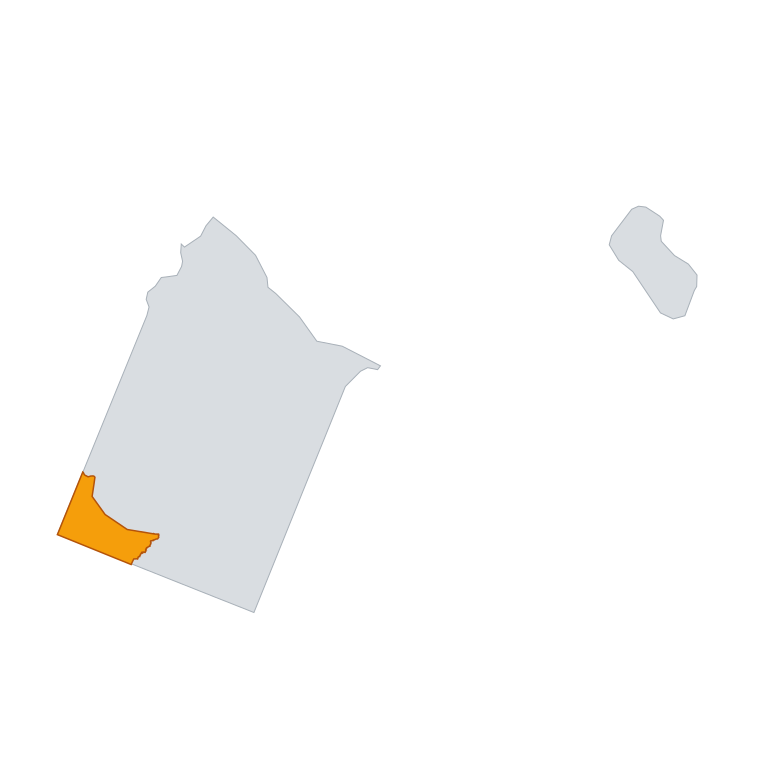 Nsork, Wele-Nzás, Equatorial Guinea shown in context, rotated 112°
{"feature_id": "11065452B58050641555743", "entity_name": "Nsork", "entity_type": "district", "adm_level": 2, "iso_a3": "GNQ", "parent_name": "Equatorial Guinea", "parent_adm1": "Wele-Nzás", "projection": "albers", "projection_center": [11.202, 1.263], "detail": "fine", "context": "in_parent", "style": "filled", "palette": "amber", "viewbox_px": 768, "rotation_deg": 112, "n_neighbors": 0, "source": "geoboundaries", "source_scale": "gbopen_adm2", "svg_char_len": 3498}
<svg xmlns="http://www.w3.org/2000/svg" viewBox="0 0 768 768"><g transform="rotate(112 384 384)"><path d="M644.6,419.0L644.9,461.0L645.1,496.4L645.3,534.7L645.5,574.7L645.7,608.5L645.8,630.4L608.8,630.3L559.6,630.1L510.5,629.9L461.3,629.7L436.6,629.6L409.4,629.5L400.6,630.7L394.6,636.2L387.3,637.4L379.0,632.7L368.7,630.4L366.0,625.5L360.9,616.7L350.8,615.7L345.7,616.7L338.4,621.7L330.2,624.4L331.8,620.3L315.6,609.4L303.9,608.3L293.2,604.9L301.9,576.5L312.8,551.3L329.1,532.4L337.8,527.8L340.6,518.4L353.5,487.4L369.5,462.3L364.6,436.9L368.5,394.1L373.1,395.3L373.8,399.3L375.0,405.3L381.0,410.6L400.8,418.9L459.9,418.9L495.2,419.0L547.4,419.0L602.7,419.0L644.6,419.0ZM176.5,130.6L181.0,131.3L208.0,130.6L215.3,140.2L214.5,154.3L186.6,195.4L181.4,212.7L170.6,227.3L161.3,228.5L129.2,219.8L123.8,214.6L121.9,207.5L125.1,191.2L127.5,186.2L142.9,183.1L147.8,180.4L156.1,162.8L158.8,146.7L165.7,134.6L176.5,130.6Z" fill="#d9dde1" stroke="#a8b0b8" stroke-width="1"/><path d="M578.7,617.1L578.1,618.5L578.3,619.5L578.7,620.3L579.1,621.3L580.0,622.4L580.8,623.4L580.9,624.3L580.7,625.2L580.7,626.3L580.6,627.0L580.3,627.9L578.8,629.5L578.5,630.3L646.0,630.4L646.1,550.8L645.5,550.7L644.8,550.8L640.0,550.5L639.6,549.8L639.4,549.2L639.2,548.8L638.9,548.3L638.8,548.0L638.7,547.7L638.6,547.0L638.3,547.1L638.1,547.2L637.9,547.1L637.7,547.0L637.4,546.8L637.2,546.9L637.0,547.0L636.9,547.1L636.6,547.1L636.4,547.0L636.2,546.9L636.0,546.7L635.9,546.5L635.9,546.4L635.7,546.2L635.5,545.9L635.4,546.0L635.2,546.1L634.9,546.2L634.7,546.2L634.4,546.1L634.2,546.0L634.1,545.9L633.9,545.8L633.7,545.8L633.4,545.9L633.4,546.0L633.2,546.0L632.9,546.0L632.8,545.9L632.7,545.9L632.4,545.8L632.3,545.7L632.2,545.7L632.0,545.4L632.0,545.5L631.9,545.5L631.7,545.5L631.6,545.4L631.5,545.5L631.4,545.5L631.2,545.6L630.9,545.6L630.7,545.5L630.6,545.4L630.5,545.2L630.4,545.0L630.4,544.9L630.4,544.7L630.3,544.4L630.2,544.2L629.9,544.0L629.9,543.9L629.8,543.7L629.8,543.1L629.8,542.9L629.7,542.7L629.6,542.4L629.3,542.5L629.2,542.5L628.9,542.5L628.7,542.4L628.4,542.3L628.2,542.2L628.0,542.3L627.9,542.4L627.8,542.5L627.7,542.6L627.4,542.7L627.2,542.7L626.9,542.6L626.8,542.4L626.7,542.5L626.6,542.8L626.4,542.9L626.4,543.0L626.2,543.0L626.0,542.9L625.9,542.9L625.7,542.8L625.5,542.7L625.4,542.6L625.2,542.7L625.0,542.8L624.9,542.8L624.6,542.7L624.4,542.5L624.4,542.4L624.3,542.2L624.2,542.2L624.1,541.9L623.8,541.8L623.7,541.8L623.6,541.7L623.4,541.7L623.2,541.6L623.0,541.4L622.9,541.3L622.8,541.2L622.7,541.2L622.5,540.9L622.4,540.7L622.3,540.4L622.2,540.3L622.0,540.5L621.9,540.5L621.7,540.6L621.4,540.7L621.2,540.6L620.9,540.4L620.7,540.4L620.3,540.4L620.3,540.5L620.2,540.5L619.9,540.5L619.5,540.4L619.4,540.4L619.4,540.5L619.2,540.6L618.9,540.7L618.7,540.7L618.4,540.7L618.4,540.8L618.2,540.9L618.2,541.0L617.9,541.2L617.7,541.4L617.5,541.5L617.4,541.5L617.2,541.6L616.9,541.6L616.7,541.4L616.6,541.2L616.4,540.8L616.4,540.5L616.3,540.4L616.1,540.2L615.9,540.0L615.7,540.0L615.6,539.9L615.6,539.4L615.4,539.4L615.2,539.4L614.7,539.1L614.6,538.9L614.6,538.5L614.4,538.3L613.9,538.0L613.8,537.9L613.4,537.5L613.0,537.0L613.0,536.9L612.8,536.6L612.7,536.2L612.2,535.8L611.6,535.7L611.1,535.6L610.7,535.4L610.2,535.8L609.9,535.9L609.7,535.9L608.7,536.1L608.7,536.4L608.7,536.5L608.4,536.9L608.3,537.0L608.2,537.0L608.0,536.9L607.9,536.9L607.7,536.7L607.6,536.8L608.9,539.9L609.0,541.3L609.2,541.2L615.1,567.6L609.5,593.7L597.6,612.5L585.1,615.5L578.7,617.1Z" fill="#f59e0b" stroke="#b45309" stroke-width="1.5"/></g></svg>